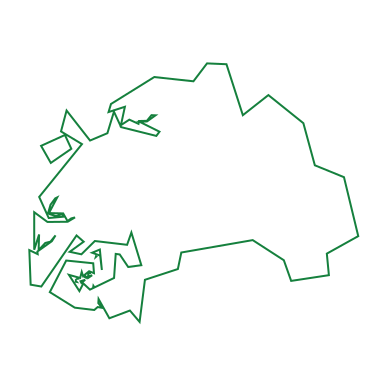 outline of Río de Jesús, Veraguas, Panama, rotated 88°
{"feature_id": "35544464B55951329462625", "entity_name": "Río de Jesús", "entity_type": "district", "adm_level": 2, "iso_a3": "PAN", "parent_name": "Panama", "parent_adm1": "Veraguas", "projection": "orthographic", "projection_center": [-81.142, 7.96], "detail": "medium", "context": "isolated", "style": "outline", "palette": "green", "viewbox_px": 384, "rotation_deg": 88, "n_neighbors": 0, "source": "geoboundaries", "source_scale": "gbopen_adm2", "svg_char_len": 1951}
<svg xmlns="http://www.w3.org/2000/svg" viewBox="0 0 384 384"><g transform="rotate(88 192 192)"><path d="M127.1,78.3L97.8,112.3L117.0,138.5L65.5,153.1L64.0,172.5L81.4,186.7L75.8,225.7L101.2,269.9L109.2,272.6L104.5,256.1L122.7,260.7L117.5,252.1L122.0,243.1L119.2,242.5L119.3,234.6L113.8,229.8L114.1,225.8L119.9,234.5L120.0,241.9L130.6,222.4L134.7,225.7L124.7,260.6L109.0,267.2L130.3,274.5L137.0,292.1L106.2,314.5L126.9,320.8L140.3,300.3L191.6,344.9L213.0,336.1L212.2,321.4L209.6,322.4L211.3,328.8L209.1,335.2L207.9,336.5L199.7,333.8L193.6,328.9L192.7,326.9L208.1,335.7L208.9,321.5L216.7,317.4L214.2,313.7L213.3,309.8L217.4,317.3L216.9,337.5L206.7,350.4L244.2,351.7L229.1,346.3L244.7,347.3L237.8,340.4L236.7,335.2L230.6,329.9L236.3,333.8L246.1,348.6L248.7,348.4L244.4,356.6L279.0,356.5L281.2,345.9L231.4,308.9L237.9,302.0L247.5,316.3L250.4,304.7L237.6,290.8L242.5,258.7L230.4,254.0L263.4,245.2L264.7,258.4L251.9,266.4L251.2,270.4L275.2,272.9L286.0,297.4L279.6,303.8L287.1,308.0L270.5,317.9L274.0,306.8L268.0,305.0L272.3,303.8L267.6,297.6L269.7,292.8L259.8,293.2L256.1,320.1L287.1,337.6L303.5,313.2L306.5,293.8L303.7,290.3L304.6,286.0L299.8,289.5L295.7,289.1L315.3,279.0L308.3,258.2L320.0,248.9L278.1,242.1L268.5,208.8L252.1,204.8L242.2,133.0L263.4,102.6L284.3,96.0L279.9,58.1L258.3,59.4L241.9,27.4L182.5,39.6L169.6,68.3L127.1,78.3ZM158.0,332.1L144.6,311.1L130.6,317.0L140.6,341.2L158.0,332.1ZM266.8,284.8L246.3,286.1L249.2,293.9L252.4,286.0L266.8,284.8ZM279.0,305.7L276.0,301.8L277.3,306.5L279.0,305.7ZM274.4,299.0L271.7,294.7L272.9,299.7L274.4,299.0ZM282.3,293.8L283.9,294.1L283.6,293.0L282.3,293.8ZM273.1,302.4L273.7,301.4L271.9,301.8L273.1,302.4ZM269.6,298.7L270.7,298.6L270.0,298.0L269.6,298.7ZM268.6,297.7L269.4,297.8L269.4,295.9L268.6,297.7ZM274.2,309.3L274.8,309.9L274.7,309.0L274.2,309.3ZM253.6,290.4L253.2,289.9L253.0,290.2L253.6,290.4ZM276.9,311.1L277.6,311.2L277.8,310.4L276.9,311.1Z" fill="none" stroke="#15803d" stroke-width="2"/></g></svg>